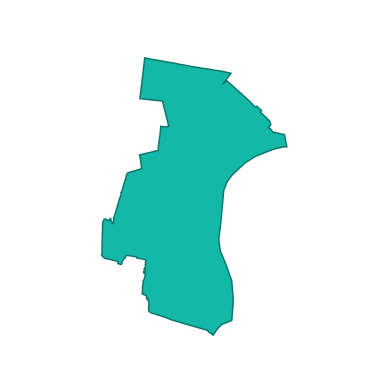 the district of Gruia, Romania, rotated 251°
{"feature_id": "2599482B53836836172440", "entity_name": "Gruia", "entity_type": "district", "adm_level": 2, "iso_a3": "ROU", "parent_name": "Romania", "parent_adm1": "", "projection": "albers", "projection_center": [22.687, 44.297], "detail": "fine", "context": "isolated", "style": "filled", "palette": "teal", "viewbox_px": 384, "rotation_deg": 251, "n_neighbors": 0, "source": "geoboundaries", "source_scale": "gbopen_adm2", "svg_char_len": 5882}
<svg xmlns="http://www.w3.org/2000/svg" viewBox="0 0 384 384"><g transform="rotate(251 192 192)"><path d="M192.2,97.6L170.1,89.3L167.5,88.4L165.4,87.9L164.9,87.6L164.5,87.5L163.4,87.0L163.0,86.9L162.7,86.7L162.1,86.0L161.9,85.9L161.5,86.0L161.4,85.9L160.2,86.6L160.0,86.9L158.3,87.4L158.1,87.6L157.6,88.2L157.4,88.3L156.9,89.3L156.6,89.7L156.4,89.9L156.2,90.4L154.8,92.8L154.3,93.4L153.1,95.3L152.7,95.7L152.6,96.1L151.9,97.2L151.7,97.4L151.5,98.0L150.7,99.1L150.3,99.4L150.0,99.4L149.1,98.7L148.7,98.6L148.3,98.8L148.0,99.2L146.6,101.4L146.6,101.6L146.6,101.8L146.8,102.1L147.3,102.5L148.3,102.9L148.7,103.0L149.4,103.9L150.0,104.6L150.4,105.3L151.1,106.4L151.4,106.9L152.1,107.9L153.5,109.6L148.7,118.4L147.3,118.5L146.1,120.9L143.6,125.3L143.3,125.9L142.6,126.5L141.5,125.5L141.0,125.1L140.5,125.0L140.0,125.1L139.6,125.0L138.9,124.4L138.4,124.2L137.9,124.3L137.2,124.0L136.9,123.6L135.6,123.3L135.3,123.1L135.2,122.9L135.3,122.7L135.6,122.7L135.2,122.3L135.1,122.2L134.9,121.6L134.7,121.5L134.4,121.5L134.2,122.1L134.2,122.4L134.4,122.6L133.6,122.4L133.0,122.0L131.6,121.5L131.4,121.4L131.3,121.0L131.5,120.8L131.8,120.6L132.0,120.6L131.9,120.6L131.7,120.8L131.8,121.1L132.1,121.1L132.6,120.6L132.6,120.4L132.2,120.1L131.8,120.3L131.6,120.2L131.5,120.3L131.3,120.3L131.2,120.1L130.9,120.2L130.6,120.4L130.6,120.6L130.5,120.9L130.3,121.0L129.9,121.0L129.3,120.8L128.8,120.8L128.3,120.5L127.8,120.3L127.5,120.1L127.2,119.7L125.8,118.8L124.7,118.1L123.8,117.0L122.9,116.4L121.6,116.0L121.2,115.9L120.2,115.4L119.7,115.2L119.4,115.0L119.1,114.8L118.6,114.7L118.0,114.1L117.7,113.9L116.9,113.8L116.4,113.6L115.7,113.5L113.3,112.5L112.6,112.0L112.4,111.6L112.2,111.7L112.0,111.9L112.0,112.1L111.7,112.8L111.5,112.7L111.3,112.8L111.1,112.8L110.6,113.0L110.4,113.3L109.9,114.0L109.3,114.7L108.6,115.0L108.3,115.0L107.1,114.7L106.8,114.9L106.6,115.1L106.3,115.3L106.3,115.2L106.0,115.2L106.1,114.9L106.2,114.7L105.9,114.4L105.5,114.4L105.3,114.5L104.8,114.7L104.4,114.9L103.8,115.6L103.6,115.7L103.2,115.5L102.7,115.2L102.0,115.2L99.3,114.4L98.6,114.0L97.9,113.8L97.1,113.5L96.6,113.4L96.1,113.0L95.7,112.9L95.2,112.9L94.2,112.4L93.7,112.4L92.9,112.8L92.5,112.8L90.8,114.2L85.1,122.1L84.4,122.9L82.9,125.0L77.5,131.4L75.9,133.8L73.8,136.6L72.6,138.3L68.0,144.7L66.5,146.9L64.9,149.3L64.5,149.8L63.7,150.8L61.8,153.6L58.7,157.9L57.6,159.7L57.0,160.5L55.8,161.8L55.3,162.1L55.2,162.2L54.7,162.0L54.5,161.9L54.4,161.9L54.3,162.0L54.2,162.3L49.8,165.4L54.3,171.5L57.0,176.7L57.6,187.8L75.7,195.7L95.3,200.7L112.2,200.5L127.0,199.6L128.5,199.9L134.7,201.0L137.0,201.6L140.0,202.5L145.4,205.3L155.9,210.3L167.3,215.4L175.3,219.0L183.6,222.7L185.3,224.3L190.4,228.7L194.8,235.1L201.9,250.7L202.0,251.1L202.8,254.0L205.1,263.6L205.1,264.4L205.5,273.9L205.7,276.1L205.8,284.6L205.7,285.3L204.9,293.4L203.9,296.4L216.2,298.1L216.5,297.9L216.7,297.2L217.4,296.1L217.4,295.7L217.6,295.4L217.9,295.1L220.0,291.9L220.8,290.6L221.8,289.3L221.6,288.7L221.9,287.8L223.3,287.7L226.1,286.7L226.3,286.7L226.3,286.4L226.5,286.3L226.6,286.2L226.8,285.9L226.8,286.1L227.0,286.1L227.2,285.9L227.3,285.8L227.7,285.9L227.8,285.9L227.8,285.7L228.0,285.5L228.3,285.4L228.5,285.5L228.7,286.0L228.8,286.6L229.0,286.8L229.1,287.0L229.3,287.5L229.7,288.0L230.5,288.6L231.4,288.5L233.5,288.6L234.0,288.3L234.5,288.2L245.4,282.7L246.2,284.2L248.2,283.3L248.4,283.1L248.7,283.0L249.1,282.7L250.6,282.0L251.6,281.4L252.1,280.9L252.1,280.7L252.0,280.4L251.7,279.8L251.7,279.5L251.8,279.4L252.3,279.1L253.5,278.5L254.9,277.9L257.1,277.0L257.9,276.5L259.4,275.8L260.7,275.0L262.1,274.4L262.6,274.0L263.4,273.6L263.9,273.5L266.4,271.9L268.5,270.9L269.6,270.3L270.0,269.9L271.4,269.3L272.0,268.9L273.4,268.1L274.0,267.7L274.9,267.2L279.3,264.9L280.9,263.9L281.2,263.8L282.4,263.0L284.2,262.0L284.8,261.6L285.5,261.3L286.0,260.9L285.9,260.8L284.1,256.8L284.1,256.6L284.3,256.6L285.4,258.2L285.9,258.9L291.3,267.2L291.6,267.5L291.7,267.3L292.8,265.5L295.8,260.7L295.9,260.4L296.3,259.8L297.4,257.7L297.7,257.3L298.5,255.6L299.2,254.1L299.6,253.4L299.7,253.2L301.0,250.8L301.9,249.2L302.3,248.6L303.7,246.0L304.3,244.6L304.6,244.1L306.8,239.9L307.4,238.8L307.7,238.5L311.1,231.9L311.3,231.6L312.2,229.9L312.7,229.1L313.3,228.0L313.6,227.7L313.8,227.3L314.1,226.8L314.8,225.7L315.2,224.8L315.6,224.0L316.0,223.2L317.0,221.6L319.8,216.7L320.1,216.2L323.9,209.2L324.9,207.6L325.5,206.3L326.3,205.1L327.1,203.4L327.7,202.5L328.7,200.5L331.6,195.5L331.9,195.0L334.2,191.0L313.2,180.9L297.3,173.1L296.4,174.9L288.5,191.7L287.5,193.7L285.0,193.5L283.8,193.3L280.7,193.1L276.1,192.7L273.0,192.4L272.5,192.3L269.8,192.1L267.2,191.9L265.2,191.7L261.6,191.4L261.8,190.1L262.2,188.3L262.3,188.0L263.7,184.9L264.3,183.9L259.7,181.8L257.2,180.7L255.5,180.0L254.1,179.0L253.2,178.7L250.5,177.2L246.3,175.2L244.0,174.2L243.1,174.0L242.7,173.9L242.4,173.5L242.6,171.1L242.7,170.2L242.8,168.5L243.2,163.5L243.4,162.6L243.6,159.7L243.7,159.1L243.7,158.5L243.8,157.7L244.0,155.2L244.1,154.6L244.1,154.4L242.8,154.3L238.9,153.7L237.8,153.5L237.4,153.3L236.5,153.2L232.1,152.3L231.0,152.2L230.6,152.1L230.5,151.9L230.5,149.8L230.6,148.7L230.6,147.0L230.7,145.5L230.7,144.9L230.7,144.4L230.8,143.3L230.9,142.7L230.9,142.0L231.0,140.1L231.0,139.3L230.9,138.0L230.9,137.2L230.8,136.9L228.6,135.0L227.1,134.3L226.8,134.0L224.0,132.0L221.7,130.2L221.0,129.8L220.9,129.6L220.4,129.1L219.6,128.7L216.3,126.3L215.7,126.0L214.7,125.3L214.7,124.7L213.8,124.6L213.3,124.4L211.1,123.0L209.3,121.3L208.6,120.8L207.6,120.2L207.3,119.9L205.0,118.2L204.5,118.0L204.0,117.5L203.7,117.3L203.1,117.1L202.6,116.7L201.9,116.1L200.4,115.1L195.2,111.2L194.7,110.9L193.3,109.8L193.0,109.4L192.8,109.3L191.8,109.1L191.4,109.2L191.2,108.8L190.3,108.5L189.3,107.9L188.0,107.4L188.0,106.3L193.5,106.3L193.1,105.6L191.9,104.4L192.4,103.8L194.9,101.0L194.8,100.4L194.9,100.1L194.2,99.6L193.0,98.1L192.6,97.8L192.2,97.6Z" fill="#14b8a6" stroke="#0f766e" stroke-width="1.5"/></g></svg>